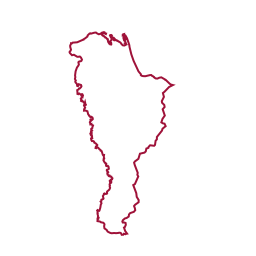 Rincón, Treinta y Tres, Uruguay, rotated 254°
{"feature_id": "84410073B13933274344370", "entity_name": "Rincón", "entity_type": "district", "adm_level": 2, "iso_a3": "URY", "parent_name": "Uruguay", "parent_adm1": "Treinta y Tres", "projection": "natural_earth1", "projection_center": [-53.628, -32.866], "detail": "fine", "context": "isolated", "style": "outline", "palette": "rose", "viewbox_px": 256, "rotation_deg": 254, "n_neighbors": 0, "source": "geoboundaries", "source_scale": "gbopen_adm2", "svg_char_len": 5720}
<svg xmlns="http://www.w3.org/2000/svg" viewBox="0 0 256 256"><g transform="rotate(254 128 128)"><path d="M178.4,89.6L175.6,89.1L174.7,88.8L174.2,89.5L174.7,90.3L174.6,90.7L172.5,92.1L172.5,92.7L173.2,93.1L173.1,93.4L171.7,93.7L171.1,93.3L171.4,92.7L170.0,92.6L170.2,91.7L169.5,91.4L169.1,90.7L168.2,90.9L167.0,90.3L166.5,90.8L166.5,91.2L167.0,91.5L166.9,91.6L164.8,92.4L164.5,93.0L163.9,93.4L164.5,93.8L163.0,93.7L162.7,94.4L162.7,94.1L161.9,93.9L161.8,93.4L162.5,92.9L162.1,92.5L162.5,92.4L161.9,91.9L159.3,92.4L158.2,91.0L156.8,90.5L156.7,91.0L156.9,91.3L155.3,93.6L152.1,93.5L151.1,94.0L150.6,93.9L149.7,94.7L148.5,94.8L148.4,95.0L148.9,95.4L148.9,95.8L148.4,96.0L148.1,96.6L147.1,96.8L146.1,96.5L145.6,95.4L145.6,95.0L146.2,94.7L146.2,94.2L145.0,94.2L144.8,93.6L144.1,92.9L143.2,93.0L141.9,92.8L141.9,93.1L142.2,93.2L142.1,93.8L141.6,93.5L140.1,95.1L138.6,94.0L137.8,93.7L137.3,92.4L136.2,92.1L136.0,92.6L135.4,92.8L134.9,91.5L134.0,91.0L133.6,91.1L133.8,91.6L133.6,91.8L132.0,91.3L132.2,90.8L132.8,90.8L132.8,90.3L131.7,90.3L130.8,90.6L130.5,91.2L130.0,91.2L129.3,90.9L128.0,90.8L128.0,90.3L128.3,90.2L128.2,89.6L126.6,89.4L125.4,89.7L124.9,91.2L124.1,91.7L123.3,91.5L122.0,92.8L120.1,93.8L119.8,93.6L119.0,92.0L117.7,91.3L117.3,92.0L118.0,93.0L117.3,93.9L115.4,94.7L114.6,95.5L113.8,95.4L113.0,96.3L109.1,96.4L108.7,96.6L108.6,97.5L107.3,96.9L105.7,96.6L105.4,96.8L105.0,96.6L104.8,95.9L103.8,95.8L103.5,95.5L101.1,96.1L100.8,96.6L100.1,96.6L99.8,97.2L99.4,97.3L98.3,96.6L97.5,96.6L97.0,97.5L97.1,98.2L96.3,98.6L94.3,98.4L93.8,98.0L93.6,97.0L93.7,96.3L93.4,96.0L92.8,95.9L91.6,96.3L91.4,96.2L91.1,96.8L90.8,96.8L90.0,95.6L88.8,95.5L87.9,96.3L87.2,96.2L86.9,96.5L87.2,97.3L86.2,97.6L85.8,98.6L85.0,98.6L84.0,99.2L83.0,98.5L83.1,97.5L82.3,95.9L81.2,95.8L81.1,96.1L81.8,96.8L81.5,97.1L80.7,97.1L80.1,96.8L79.5,95.3L79.0,94.8L78.3,94.6L77.7,94.8L76.7,94.2L75.4,94.3L74.3,93.4L73.9,93.0L72.7,90.4L72.0,90.0L71.1,90.0L70.6,89.4L70.9,87.9L71.6,87.3L71.4,86.7L70.5,86.3L69.5,85.1L66.9,85.0L66.6,84.6L66.4,82.7L65.3,82.4L64.9,81.4L63.3,81.8L62.8,81.7L62.0,80.8L59.0,79.4L56.5,77.8L56.3,77.5L56.5,76.9L57.5,76.2L57.2,75.6L56.2,75.8L55.2,75.4L54.5,75.5L54.0,75.0L52.1,75.0L50.2,74.4L49.9,75.0L49.2,74.6L49.6,74.2L49.5,73.8L46.9,73.0L46.0,74.9L45.5,75.6L44.9,75.9L43.7,78.2L42.4,78.8L41.7,78.8L40.3,78.0L38.0,77.7L35.9,79.4L34.2,79.8L33.5,80.4L31.9,82.2L31.3,83.4L30.9,85.7L30.2,87.5L29.8,89.6L29.8,90.6L29.3,91.8L28.7,92.3L27.1,92.5L26.7,94.0L27.5,94.9L26.6,96.3L26.8,97.0L26.7,98.0L29.7,96.9L33.4,96.7L33.5,97.5L35.5,99.2L37.4,99.5L38.1,98.5L38.6,96.9L39.7,96.8L40.8,97.7L41.9,100.0L41.9,101.9L42.7,104.3L44.6,105.1L45.6,106.6L45.8,110.5L47.0,112.3L49.1,112.5L51.3,112.3L52.3,113.7L53.7,117.7L55.8,118.4L59.4,117.4L63.1,118.0L71.7,117.3L72.2,119.2L78.6,124.5L80.5,124.1L82.2,125.0L90.3,124.3L93.0,124.3L93.9,125.3L95.5,129.5L100.0,132.4L99.8,137.1L100.6,138.6L103.2,140.0L103.3,142.1L104.2,142.6L105.3,144.5L103.7,148.2L104.3,149.3L108.1,151.0L109.1,152.6L111.4,153.3L116.1,159.9L117.8,161.0L119.4,164.7L122.1,164.3L122.8,162.9L124.2,161.6L127.3,163.7L129.8,166.8L136.5,166.5L138.1,169.0L140.2,169.2L142.9,167.7L144.5,167.9L148.0,171.1L152.0,171.2L152.8,173.1L156.1,178.8L156.9,183.0L157.9,181.3L158.9,180.4L163.5,177.7L163.9,177.2L164.1,177.3L167.5,174.0L167.7,172.0L167.4,169.9L168.0,168.3L169.1,167.3L169.7,167.2L169.9,166.8L170.7,166.5L171.3,165.6L172.4,165.1L172.8,163.8L173.0,158.9L173.8,156.6L174.9,154.9L174.5,154.4L175.0,154.9L176.1,155.2L179.5,153.7L191.0,151.9L197.8,151.5L205.4,151.8L207.3,152.1L210.3,152.0L214.3,151.8L215.4,151.6L216.4,151.0L216.6,151.3L217.7,151.0L217.9,150.5L218.8,150.3L219.0,150.0L218.8,149.8L217.4,150.2L217.3,149.8L217.8,149.7L218.2,148.9L218.4,149.3L218.8,149.1L218.8,149.5L219.4,149.9L219.4,149.4L219.2,149.4L218.6,148.8L218.2,148.8L217.9,149.1L216.3,148.6L215.8,149.1L215.5,149.8L215.6,150.2L215.3,150.2L215.4,150.8L214.8,151.2L214.0,151.2L214.0,150.7L215.3,148.7L215.0,148.7L215.0,148.4L213.2,148.4L212.7,149.2L212.2,149.3L211.6,149.2L211.8,149.1L211.5,148.9L210.1,149.4L209.3,149.2L209.4,148.9L208.7,149.3L208.6,148.1L208.4,148.0L208.3,147.1L209.0,145.7L210.7,144.8L212.0,144.4L213.3,143.4L213.6,142.8L214.2,142.5L214.5,142.0L214.9,141.9L214.9,141.5L215.7,140.9L215.6,140.2L215.1,140.0L215.9,140.0L216.1,138.9L216.6,138.5L216.9,138.6L216.8,139.2L218.2,139.2L218.1,139.4L218.7,139.1L219.3,137.8L219.7,137.7L219.7,137.3L220.3,136.7L221.1,136.6L221.1,137.0L221.4,137.0L221.4,137.9L221.8,137.8L222.1,137.4L222.2,136.5L222.0,136.2L219.7,136.5L219.5,136.9L218.9,137.1L217.7,136.7L217.3,136.5L216.2,134.6L214.8,135.3L213.2,135.1L212.9,134.9L213.3,133.9L214.0,133.7L214.1,133.3L216.0,132.7L217.5,132.7L218.2,133.0L218.6,132.8L219.0,133.0L219.6,132.3L220.7,131.9L221.3,131.0L221.8,131.0L222.5,130.3L223.1,130.2L223.6,129.5L224.3,129.2L224.2,129.0L224.6,128.9L224.9,128.5L225.5,128.4L225.8,129.1L226.0,128.9L226.2,129.7L226.1,130.9L225.8,130.9L225.7,131.3L224.4,132.6L224.8,132.9L225.1,132.2L226.3,131.9L226.4,131.6L226.8,131.3L226.8,129.1L226.5,128.7L226.1,126.8L226.2,125.7L227.6,124.2L228.6,123.5L228.9,121.8L228.9,118.3L229.4,117.9L229.4,117.1L228.1,114.7L227.1,114.2L226.0,111.5L225.4,109.4L225.2,109.4L225.2,108.8L224.4,102.8L225.3,98.3L224.8,97.4L225.2,96.6L224.3,96.2L223.3,95.2L221.9,94.8L219.0,94.8L218.1,94.1L217.5,93.0L216.9,92.7L216.1,92.8L213.4,94.2L213.3,96.2L210.5,98.8L210.2,99.6L210.0,101.4L208.7,102.2L206.4,102.6L205.4,101.7L205.2,101.1L205.4,99.6L205.2,98.8L204.8,98.4L202.6,98.3L201.6,97.4L200.2,95.6L197.0,93.3L193.1,91.6L191.4,91.4L189.8,90.5L188.0,90.9L187.4,90.2L186.3,90.1L184.6,91.0L182.4,90.8L182.1,91.3L182.2,91.8L183.6,92.8L182.3,94.7L181.0,94.8L180.2,94.1L179.3,92.5L179.5,91.7L178.7,91.1L178.4,89.6Z" fill="none" stroke="#9f1239" stroke-width="2"/></g></svg>